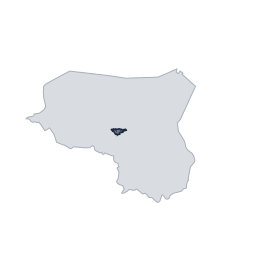 location of Al-Mahmoudiya, Babil, Iraq, rotated 146°
{"feature_id": "34846034B92813694057989", "entity_name": "Al-Mahmoudiya", "entity_type": "district", "adm_level": 2, "iso_a3": "IRQ", "parent_name": "Iraq", "parent_adm1": "Babil", "projection": "natural_earth1", "projection_center": [44.202, 33.035], "detail": "fine", "context": "in_parent", "style": "filled", "palette": "slate", "viewbox_px": 256, "rotation_deg": 146, "n_neighbors": 0, "source": "geoboundaries", "source_scale": "gbopen_adm2", "svg_char_len": 4788}
<svg xmlns="http://www.w3.org/2000/svg" viewBox="0 0 256 256"><g transform="rotate(146 128 128)"><path d="M107.0,50.8L108.6,50.4L111.4,48.0L113.1,45.8L113.7,45.6L115.2,46.3L116.2,46.5L118.7,45.7L120.2,46.1L121.4,46.7L122.1,46.7L125.4,48.1L126.3,48.3L128.0,48.5L130.5,48.5L132.2,47.6L133.4,46.7L134.2,46.8L135.0,47.0L135.6,47.4L136.2,48.0L136.5,48.9L136.3,51.9L136.6,52.7L137.1,53.3L137.6,53.4L138.3,52.7L139.5,51.8L141.0,50.8L142.1,49.8L142.8,49.5L143.8,49.5L144.8,49.7L145.3,50.1L145.3,50.3L145.8,51.7L147.2,56.9L147.9,57.6L148.8,58.1L149.4,58.9L149.6,59.7L149.6,60.9L149.6,62.3L149.9,63.4L150.4,64.2L150.9,64.6L151.6,64.7L152.4,64.9L152.9,65.7L154.7,71.7L154.9,72.4L155.6,72.7L156.8,72.6L158.1,73.2L159.4,74.2L160.7,76.0L161.5,76.3L164.2,76.0L167.8,76.3L169.5,77.2L169.3,77.8L168.0,78.5L165.7,79.2L165.1,80.5L164.7,82.2L164.8,83.1L165.3,84.1L167.0,86.2L167.1,86.9L167.4,88.0L167.7,88.7L167.3,90.0L165.9,91.0L163.9,92.0L160.1,96.6L159.8,97.5L159.8,100.2L159.4,101.0L158.2,101.0L157.2,100.9L157.2,101.8L156.6,103.1L156.2,104.2L157.7,106.7L157.9,108.1L157.7,109.4L156.4,111.5L155.6,113.0L155.8,113.3L156.8,113.9L160.1,118.6L161.1,120.3L162.5,119.8L163.0,119.9L163.4,120.1L163.7,120.7L163.7,121.4L163.3,122.5L165.1,122.9L165.7,124.0L167.7,127.7L167.7,128.8L166.7,130.5L166.7,131.7L166.9,132.7L167.2,133.1L170.2,133.2L171.5,133.6L174.6,135.5L178.2,138.4L181.1,140.8L183.6,142.8L186.3,142.7L187.0,143.0L187.7,143.7L188.4,145.3L190.0,149.1L191.3,150.3L193.3,153.3L195.2,156.2L194.0,160.0L192.9,164.0L192.9,169.1L192.9,171.9L195.5,172.0L198.3,172.1L198.4,175.4L198.4,178.8L198.5,182.6L199.3,182.7L200.7,183.5L201.2,184.8L202.0,185.4L202.8,185.5L203.7,186.1L204.5,187.2L204.8,188.1L204.6,188.6L204.8,189.6L205.4,191.1L206.1,191.7L207.3,192.6L205.8,193.0L204.1,192.7L200.6,191.0L199.5,190.9L198.0,191.6L198.0,192.1L194.3,190.3L193.0,189.9L192.5,189.9L190.4,189.9L187.4,190.2L185.7,191.0L184.4,191.8L183.9,192.6L183.7,193.0L182.8,195.3L181.7,198.3L180.5,201.0L178.3,204.8L177.1,206.5L174.5,209.8L171.6,210.4L165.0,209.8L157.6,209.1L150.2,208.4L144.8,207.8L144.4,207.7L139.0,203.0L134.7,199.4L129.4,194.8L123.9,190.1L118.4,185.4L114.5,182.0L109.6,177.6L105.2,173.5L101.8,170.3L97.3,167.6L93.8,165.4L88.8,162.2L84.7,159.7L81.3,157.5L76.0,154.2L74.2,153.3L68.7,152.2L63.4,151.2L58.0,150.3L54.4,149.6L56.8,147.2L56.1,145.1L54.4,145.5L52.8,146.0L51.8,142.7L53.1,142.3L52.0,138.0L50.9,133.5L49.8,129.2L48.7,124.8L53.4,122.0L56.8,119.9L61.6,117.0L66.2,114.1L70.7,111.4L75.5,108.5L79.9,105.8L83.8,104.7L84.7,103.9L86.5,100.2L88.1,97.1L88.1,96.4L88.2,92.0L88.5,86.8L89.0,84.1L89.9,81.6L90.8,79.9L90.9,78.2L90.8,76.5L90.0,74.0L89.1,71.3L89.2,68.7L89.4,67.3L90.0,65.2L90.9,63.5L91.9,62.6L95.7,61.5L97.9,60.9L100.8,58.1L102.6,56.4L105.1,53.7L106.9,51.7L107.0,51.1L107.0,50.8Z" fill="#d9dde1" stroke="#a8b0b8" stroke-width="1"/><path d="M135.0,131.1L135.3,131.3L135.4,131.5L135.5,131.8L135.5,132.0L135.8,132.2L135.9,132.3L136.0,132.4L136.2,132.5L136.4,132.5L136.5,132.5L136.8,132.5L137.1,132.7L137.3,132.8L137.6,133.1L137.8,133.3L138.1,133.5L138.3,133.6L138.6,133.7L138.8,134.0L139.1,133.5L139.1,133.9L139.2,134.2L139.2,134.3L139.3,134.4L139.9,134.4L140.5,134.4L140.5,134.6L140.6,135.4L141.0,135.4L141.6,135.4L142.2,136.0L142.6,136.0L142.6,135.9L142.6,134.9L142.6,134.0L142.6,133.9L142.3,133.8L142.1,133.8L141.9,133.9L141.6,133.7L141.6,133.3L141.6,133.0L141.7,132.7L141.8,132.5L141.8,132.3L141.8,132.0L141.8,131.8L141.8,131.7L141.9,131.4L141.9,131.2L141.9,130.9L141.8,130.6L141.8,130.1L141.7,129.8L141.5,129.7L141.5,129.4L141.3,129.3L141.1,129.2L140.8,129.2L140.7,129.2L140.6,128.9L140.5,128.7L140.4,128.5L140.3,128.4L140.4,128.2L140.5,128.1L140.2,128.1L139.9,128.0L139.5,128.1L139.4,128.1L139.3,127.9L139.2,127.9L138.9,127.7L138.7,127.7L138.4,127.5L138.3,127.8L138.2,127.8L138.0,128.0L137.9,128.2L137.8,128.4L137.6,128.5L137.4,128.7L137.2,128.6L136.9,128.6L136.7,128.5L136.1,128.3L136.3,128.2L136.2,128.0L136.1,127.9L135.9,127.8L135.6,127.7L135.4,127.6L135.1,127.5L134.9,127.6L134.7,127.7L134.4,127.6L134.2,127.5L134.0,127.8L134.0,128.0L133.9,128.1L133.7,128.1L133.4,128.0L133.3,127.9L133.2,127.9L132.9,127.9L132.7,127.9L132.7,128.0L132.6,127.9L132.4,127.7L132.2,127.7L131.9,127.4L131.7,127.4L131.4,127.3L131.2,127.3L131.0,127.2L130.9,127.2L130.7,127.1L130.6,127.5L130.6,127.8L130.7,128.0L130.8,128.4L131.0,128.6L131.4,128.6L131.5,128.5L131.5,128.4L131.4,128.2L131.7,128.0L131.8,128.0L132.0,128.2L132.0,128.4L132.1,128.7L132.1,128.8L132.3,129.0L132.5,129.1L132.7,128.9L132.8,128.8L133.1,128.8L133.3,128.9L133.4,129.0L133.6,129.1L133.9,129.3L134.1,129.3L134.3,129.4L134.2,129.4L134.1,129.5L133.8,129.6L133.8,129.8L134.0,129.9L134.2,130.0L134.1,130.3L134.3,130.4L134.5,130.5L134.8,130.5L134.7,130.7L134.5,130.8L134.5,131.0L134.8,131.0L135.0,131.1Z" fill="#64748b" stroke="#1e293b" stroke-width="1.5"/></g></svg>